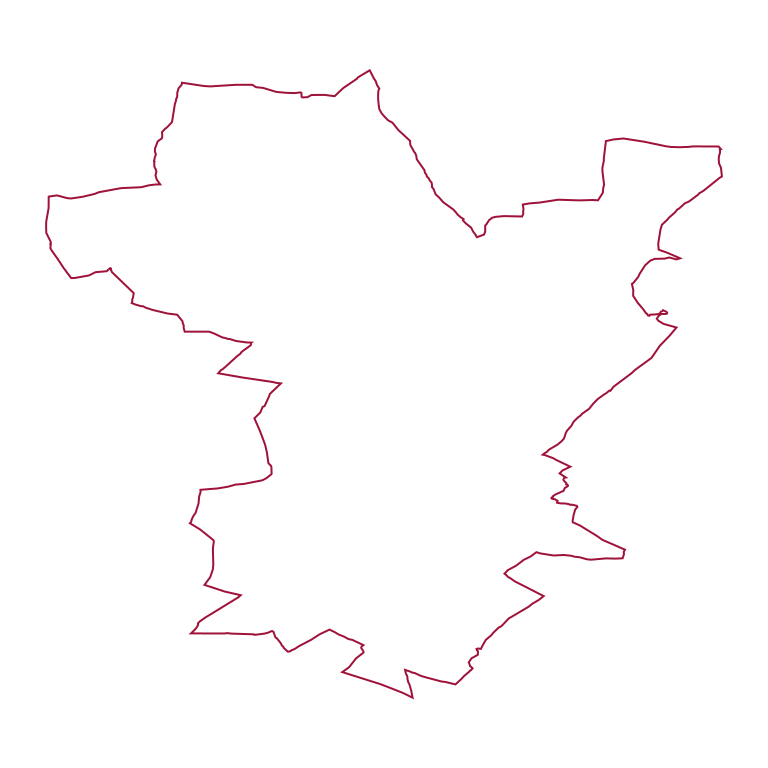 Birkenes nor, Aust-Agder, Norway
{"feature_id": "86288312B11283211528178", "entity_name": "Birkenes nor", "entity_type": "district", "adm_level": 2, "iso_a3": "NOR", "parent_name": "Norway", "parent_adm1": "Aust-Agder", "projection": "equal_earth", "projection_center": [8.204, 58.44], "detail": "fine", "context": "isolated", "style": "outline", "palette": "rose", "viewbox_px": 768, "rotation_deg": 0, "n_neighbors": 0, "source": "geoboundaries", "source_scale": "gbopen_adm2", "svg_char_len": 6067}
<svg xmlns="http://www.w3.org/2000/svg" viewBox="0 0 768 768"><path d="M412.6,697.7L411.1,690.2L409.4,684.3L408.3,682.3L407.5,679.3L407.3,676.2L405.9,673.6L405.1,669.9L410.8,671.8L411.6,672.4L414.9,673.1L420.9,675.9L425.3,677.2L441.5,681.5L445.6,682.0L455.5,684.4L461.9,678.5L463.8,676.3L469.5,671.4L469.8,670.8L471.2,670.0L472.6,668.3L470.9,666.6L470.3,666.4L468.8,662.3L471.5,658.3L477.8,654.8L478.0,651.7L477.8,650.9L476.9,650.3L476.6,648.9L478.3,648.5L480.9,648.9L482.8,645.1L485.8,639.9L491.6,635.0L493.1,633.0L498.5,627.7L501.5,626.1L508.7,618.5L528.8,606.6L532.2,603.8L538.7,600.0L543.7,596.1L514.5,581.2L511.1,578.7L508.0,576.9L505.9,574.7L504.5,573.7L508.0,570.0L516.1,565.7L523.8,559.8L530.6,556.5L536.4,552.2L540.2,553.4L553.7,555.5L563.9,555.0L571.7,555.8L573.9,556.6L579.8,557.3L587.0,559.3L591.2,559.7L605.8,558.4L615.5,558.6L622.6,558.3L624.0,554.1L623.7,552.0L625.0,549.7L602.5,539.9L596.7,535.8L579.6,525.3L572.8,522.3L572.6,520.9L573.7,514.7L575.2,509.6L577.4,506.9L576.8,505.8L571.6,504.6L570.5,504.9L568.7,504.1L565.2,503.5L560.7,503.4L557.0,502.7L557.6,500.8L557.3,500.5L556.3,500.3L555.1,499.3L552.1,498.8L551.5,498.3L551.4,497.9L553.0,496.9L552.8,496.3L555.4,494.5L563.6,490.8L564.7,488.1L567.9,486.1L567.8,485.1L566.2,484.4L566.5,483.4L563.6,480.3L563.4,479.6L564.2,477.8L565.8,477.5L559.6,473.4L562.6,470.4L570.3,466.7L556.1,459.9L553.5,458.3L544.9,455.1L542.8,454.7L544.6,453.2L547.3,451.6L548.1,450.4L549.7,449.2L557.7,444.5L561.8,441.0L564.0,438.5L565.8,433.0L567.0,430.7L571.4,425.8L573.6,421.7L578.0,417.4L580.9,415.3L581.8,414.0L589.1,408.8L593.5,403.3L597.8,399.0L604.3,394.3L606.1,393.3L609.5,390.5L610.4,390.8L613.6,386.7L631.8,373.0L634.8,370.1L651.5,357.9L659.9,345.7L669.5,335.8L676.5,327.5L663.6,323.9L658.3,320.7L656.8,318.6L659.2,315.2L661.7,314.0L665.9,314.0L666.6,313.8L667.2,313.1L667.0,312.4L666.4,311.8L663.0,310.2L662.4,311.1L660.9,311.7L659.6,313.7L657.0,314.3L650.1,314.7L649.4,315.8L647.8,315.3L647.3,314.0L646.0,313.2L643.0,309.0L637.9,303.0L633.2,295.9L633.2,291.3L633.4,290.6L631.9,283.9L633.5,282.8L638.2,276.9L639.7,273.7L645.2,265.2L650.3,260.6L654.6,258.9L664.8,258.6L669.2,257.5L676.5,259.4L680.1,258.3L666.9,252.6L658.7,249.7L658.2,243.8L660.4,229.9L661.9,224.8L667.8,219.2L668.6,218.0L675.1,212.3L677.2,209.6L679.0,208.6L685.0,203.2L688.4,201.8L690.2,200.6L698.2,194.6L699.1,193.4L703.6,190.7L719.5,177.9L721.9,176.5L721.0,167.9L719.0,163.3L718.7,158.4L719.3,154.8L719.9,153.3L720.1,151.2L719.8,149.4L720.9,149.1L718.7,146.6L717.7,146.5L693.3,146.4L688.3,146.9L680.1,147.2L671.5,147.0L666.5,146.4L644.1,141.7L623.5,138.5L613.8,139.4L605.9,141.1L603.8,158.6L603.9,160.5L602.4,167.8L602.5,172.0L604.1,184.8L603.4,187.3L602.7,193.0L598.0,200.3L592.3,200.0L579.5,200.4L558.3,199.7L539.4,202.6L529.5,203.4L522.8,204.5L523.5,209.1L523.1,211.6L523.3,213.7L522.1,216.5L504.0,216.1L495.8,216.8L492.3,217.7L489.2,220.0L486.4,224.3L485.2,225.5L485.2,231.6L484.0,234.6L476.9,237.2L475.0,234.0L473.2,231.7L471.1,227.6L465.7,223.3L462.9,220.3L463.6,219.1L460.7,217.3L457.5,214.5L456.3,212.8L453.3,209.5L443.2,202.2L439.4,197.8L435.7,194.4L433.4,188.8L431.9,187.0L432.1,186.0L431.6,182.6L429.7,180.4L428.9,178.6L426.8,176.3L426.4,174.7L424.9,172.6L424.4,170.1L416.8,159.3L416.2,155.5L415.1,152.9L414.3,152.1L410.3,144.9L410.0,140.8L398.4,130.1L392.5,122.7L388.2,120.4L384.8,117.0L381.6,113.3L379.3,109.1L378.6,104.1L378.1,98.3L378.2,92.2L378.7,89.7L379.3,88.6L377.0,85.0L375.7,81.1L373.8,78.3L369.7,70.3L360.0,76.1L357.7,77.6L357.0,78.7L343.2,88.1L334.6,96.2L324.7,94.9L311.5,95.0L307.4,97.2L302.2,97.4L301.6,96.9L301.4,92.8L300.4,92.4L294.7,93.1L285.9,92.8L276.3,91.9L263.0,87.9L256.0,87.2L252.4,84.8L235.9,84.8L210.3,86.4L203.8,86.0L182.0,82.7L181.6,84.8L178.5,88.4L177.3,92.6L177.2,96.1L177.0,97.4L176.2,98.8L176.0,100.8L174.9,103.9L172.0,122.1L166.8,127.6L165.4,128.5L162.0,132.1L162.3,136.6L161.9,138.3L157.7,141.4L155.0,148.6L154.9,151.5L155.9,154.5L155.0,156.8L154.0,161.1L154.5,161.5L154.2,162.0L154.4,166.4L154.7,167.6L155.5,168.7L156.4,171.6L155.5,175.3L156.7,179.5L160.2,184.4L155.5,184.5L148.9,185.3L141.8,187.1L139.4,187.3L121.6,188.1L117.9,188.7L98.9,192.2L94.7,193.9L82.5,196.8L70.9,198.5L67.1,198.1L56.9,195.4L48.7,196.6L48.6,208.2L46.2,221.7L46.1,226.3L46.3,232.9L50.8,242.0L50.6,242.6L50.9,243.9L50.3,244.2L50.6,245.1L50.4,248.2L51.7,250.5L58.0,259.4L63.7,268.1L71.2,278.1L74.7,278.0L89.1,275.4L95.5,272.2L106.7,271.2L110.0,268.2L110.5,268.2L111.0,268.6L110.9,269.9L112.1,272.3L133.7,293.1L133.1,297.1L132.3,299.4L132.2,302.0L131.7,303.0L135.5,304.6L141.5,306.3L142.7,306.1L146.0,307.8L152.9,310.0L167.5,313.5L177.2,314.7L182.5,321.3L182.7,322.9L183.7,325.4L183.7,328.0L184.7,331.7L209.2,331.7L213.8,333.4L222.3,337.4L225.6,338.1L227.6,338.9L229.7,339.0L236.1,341.0L246.3,342.4L251.4,342.6L250.9,343.0L251.0,344.6L250.5,345.4L242.5,351.2L241.1,352.4L240.6,353.5L237.1,356.2L225.0,367.2L222.5,369.3L221.1,370.0L218.2,373.3L242.4,377.5L273.3,382.1L275.8,382.8L280.9,383.4L269.9,393.9L269.2,396.0L264.6,406.1L262.7,406.8L260.3,412.5L254.4,418.3L259.9,430.8L265.1,444.7L266.9,452.4L268.4,463.2L270.9,465.7L271.4,467.0L271.6,473.8L271.0,474.5L266.4,478.2L262.3,480.3L244.0,483.9L235.5,484.6L228.0,486.7L218.0,488.4L200.4,489.8L200.6,492.0L199.2,496.3L198.5,503.6L195.5,513.1L193.7,515.4L191.9,519.0L191.0,522.1L189.9,523.2L200.3,529.6L213.6,540.3L213.8,542.1L213.1,546.5L212.9,550.1L213.3,564.9L212.8,569.6L210.2,577.2L204.5,584.9L224.9,591.6L240.7,595.2L238.2,597.4L205.7,617.3L200.2,621.1L198.0,623.3L198.1,624.9L196.7,627.4L195.3,629.2L191.0,633.4L224.7,633.5L227.1,633.1L231.3,633.6L253.7,634.3L254.0,634.7L255.0,634.8L264.5,633.6L268.3,632.6L271.6,631.1L272.6,631.2L273.5,631.9L275.4,637.3L276.7,638.1L280.6,643.0L281.6,644.7L281.7,645.3L283.7,647.3L283.8,648.0L287.9,651.7L290.2,651.3L291.8,650.1L294.5,649.1L298.9,646.2L311.3,639.7L319.8,634.2L329.5,629.6L334.5,632.0L338.7,634.5L344.2,636.7L348.3,639.0L352.4,639.9L363.4,645.1L361.5,646.6L361.2,647.9L363.4,651.3L363.5,652.6L356.1,658.3L349.2,667.1L342.3,672.1L380.3,684.1L402.4,692.7L412.6,697.7Z" fill="none" stroke="#9f1239" stroke-width="2"/></svg>